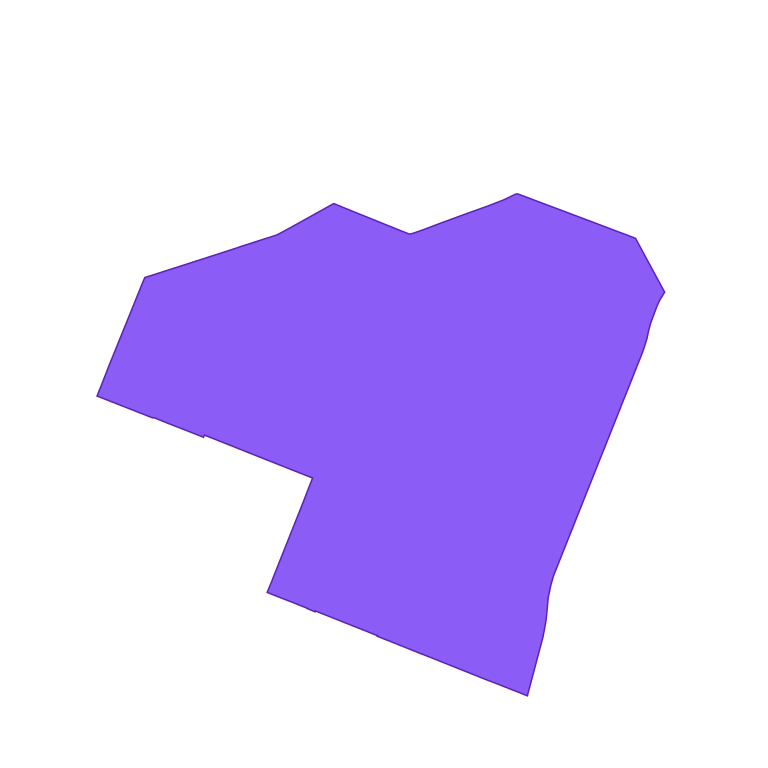 outline of Prospect, South Australia, Australia, rotated 205°
{"feature_id": "25037944B26135803940358", "entity_name": "Prospect", "entity_type": "district", "adm_level": 2, "iso_a3": "AUS", "parent_name": "Australia", "parent_adm1": "South Australia", "projection": "albers", "projection_center": [138.598, -34.885], "detail": "fine", "context": "isolated", "style": "filled", "palette": "violet", "viewbox_px": 768, "rotation_deg": 205, "n_neighbors": 0, "source": "geoboundaries", "source_scale": "gbopen_adm2", "svg_char_len": 2103}
<svg xmlns="http://www.w3.org/2000/svg" viewBox="0 0 768 768"><g transform="rotate(205 384 384)"><path d="M343.2,612.8L345.0,611.7L352.9,602.0L353.3,601.5L365.3,589.0L381.2,573.3L393.6,560.8L396.4,558.0L404.4,549.9L413.0,541.0L421.0,533.2L424.1,530.6L432.7,530.1L448.5,529.2L460.7,528.6L468.3,528.2L486.5,527.2L497.3,526.7L505.8,526.3L510.0,520.5L517.2,510.6L520.8,505.6L529.9,493.0L535.0,486.0L542.1,476.4L544.4,473.5L555.8,463.0L558.6,460.4L571.0,448.9L577.1,443.1L579.6,440.7L584.7,436.0L594.5,426.9L605.5,416.7L611.7,410.9L619.4,403.8L645.7,379.5L645.7,377.2L645.7,376.0L643.5,333.4L642.4,311.8L641.5,294.6L640.9,282.6L640.7,279.9L639.5,261.8L639.4,259.1L639.0,251.8L579.3,255.5L578.7,256.2L570.0,256.7L562.2,257.1L559.9,257.3L557.8,257.4L526.2,259.4L525.1,259.4L525.2,261.8L476.8,264.6L476.4,264.6L461.3,265.5L460.2,265.6L459.1,265.6L446.0,266.4L432.8,267.2L431.8,267.2L430.7,267.3L409.0,268.6L408.4,259.0L407.4,244.2L407.2,240.3L407.0,237.3L405.2,206.3L404.2,188.8L402.8,164.5L402.3,156.8L401.8,145.7L393.4,146.2L385.5,146.7L378.9,147.1L376.6,147.3L367.7,147.8L365.5,147.9L358.8,148.3L358.8,148.0L350.2,148.4L350.3,149.3L317.0,151.2L300.2,152.2L283.5,153.1L283.5,152.5L282.0,152.6L273.1,153.1L270.8,153.3L268.8,153.4L266.8,153.5L257.6,154.0L256.3,154.1L253.2,154.3L252.1,154.3L250.9,154.4L246.5,154.6L242.0,154.9L239.4,155.0L235.7,155.2L235.4,155.3L228.7,155.7L215.1,156.5L214.0,156.5L202.6,157.2L198.5,157.4L196.6,157.5L187.8,158.0L181.0,158.4L179.0,158.5L176.3,158.7L171.9,158.9L164.9,159.3L163.5,159.4L163.1,159.5L122.3,162.0L132.9,221.5L133.3,223.0L135.5,231.8L137.8,240.0L144.9,259.9L147.8,272.4L149.1,280.6L149.3,281.6L152.7,341.1L155.6,391.8L156.1,399.9L156.6,408.6L157.1,418.1L157.5,425.5L158.5,442.5L159.3,456.6L159.5,460.6L159.8,464.3L160.3,473.4L161.0,486.9L162.1,504.8L162.5,511.8L163.1,522.5L163.7,527.6L164.8,535.9L166.3,542.4L166.9,545.2L168.1,552.4L169.5,570.2L169.5,577.0L168.6,584.5L168.4,585.8L188.2,600.5L194.0,604.8L206.4,614.0L216.2,621.3L217.6,622.3L232.1,621.3L232.6,621.2L261.1,619.1L309.4,615.4L343.2,612.8Z" fill="#8b5cf6" stroke="#5b21b6" stroke-width="1.5"/></g></svg>